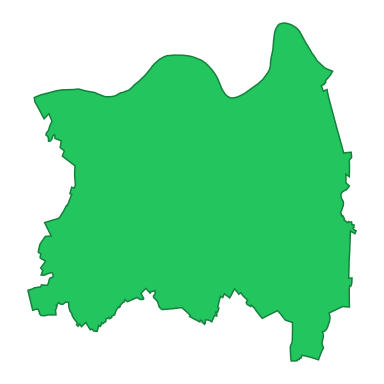 outline of Thuan Thanh, Bắc Ninh, Vietnam
{"feature_id": "81297802B75512670100174", "entity_name": "Thuan Thanh", "entity_type": "district", "adm_level": 2, "iso_a3": "VNM", "parent_name": "Vietnam", "parent_adm1": "Bắc Ninh", "projection": "equal_earth", "projection_center": [106.073, 21.039], "detail": "fine", "context": "isolated", "style": "filled", "palette": "green", "viewbox_px": 384, "rotation_deg": 0, "n_neighbors": 0, "source": "geoboundaries", "source_scale": "gbopen_adm2", "svg_char_len": 5848}
<svg xmlns="http://www.w3.org/2000/svg" viewBox="0 0 384 384"><path d="M342.5,306.6L349.5,307.0L349.3,303.0L349.2,289.8L349.4,288.0L349.7,285.9L350.8,286.1L351.5,284.5L351.8,282.8L352.0,278.0L348.7,278.2L349.1,264.0L349.0,262.4L349.4,256.3L349.8,248.5L350.4,231.1L354.9,233.7L356.1,230.8L354.6,230.0L353.6,229.2L353.1,228.1L353.2,227.6L354.0,227.2L354.0,224.9L352.0,224.7L351.6,222.1L351.5,221.9L351.1,221.9L350.5,222.3L349.7,222.2L348.6,221.5L347.7,222.7L344.0,219.9L344.5,218.9L342.8,215.8L342.5,215.7L342.0,216.0L341.1,214.8L341.5,214.1L340.5,213.1L341.6,210.4L342.7,207.0L343.2,205.7L343.5,203.8L343.3,201.6L343.0,201.0L342.5,200.3L341.8,199.1L341.4,198.0L340.9,195.3L341.0,194.0L341.4,193.2L342.7,191.8L343.7,191.0L346.2,189.9L348.4,187.5L349.0,186.5L349.3,185.8L349.0,185.5L346.2,183.2L346.0,182.8L345.9,180.9L346.0,180.1L345.9,174.3L349.3,176.7L349.5,165.0L349.3,160.7L349.6,159.8L349.9,159.3L351.2,158.0L351.6,157.4L351.6,156.8L351.2,152.3L349.9,152.3L345.5,152.7L343.8,153.2L336.3,126.2L330.1,103.0L329.6,101.3L327.9,94.2L327.0,89.5L323.3,91.2L322.1,87.7L321.2,85.8L324.3,84.3L324.3,83.2L325.2,82.9L325.6,82.7L325.7,82.4L325.5,81.0L326.2,79.9L327.9,78.0L330.6,74.8L332.6,71.2L326.5,68.8L325.1,68.1L323.8,67.0L317.2,60.9L315.1,57.6L314.4,56.3L312.1,53.4L309.8,49.3L305.5,42.3L299.7,31.6L298.7,30.2L296.2,27.7L294.3,26.5L291.2,24.7L287.7,23.6L286.0,23.2L284.4,23.0L282.0,23.3L280.1,23.8L279.3,24.2L278.3,25.0L277.5,26.0L276.1,28.4L275.1,30.7L274.5,33.5L273.6,40.5L272.9,49.5L271.8,55.0L271.1,57.8L270.5,62.4L270.4,65.8L269.9,67.9L269.4,69.7L267.5,73.1L262.7,79.6L257.1,84.5L256.4,84.9L244.7,93.4L240.6,95.5L237.7,96.9L234.0,97.8L231.4,98.0L230.1,97.7L229.4,97.3L227.9,96.5L226.9,95.9L226.3,95.3L225.4,94.4L222.5,90.1L221.5,88.0L217.8,79.0L215.9,75.4L214.3,73.0L212.1,70.0L207.8,65.3L205.9,63.4L201.2,60.1L194.7,57.6L192.1,56.7L189.7,56.1L185.8,55.5L181.4,55.2L174.4,55.1L167.1,55.7L163.8,56.9L159.4,59.4L154.9,63.4L152.5,65.9L150.7,68.5L146.5,73.6L144.8,75.6L139.0,81.2L134.7,84.6L131.6,87.8L129.0,90.0L128.4,90.3L126.3,91.0L123.1,92.3L121.8,92.6L120.6,92.8L116.5,95.2L114.3,96.1L111.4,96.6L107.5,96.8L105.3,96.7L103.4,96.1L97.2,93.7L95.5,92.8L93.8,92.3L87.7,91.3L84.5,90.6L78.6,89.0L73.7,89.5L61.9,89.9L56.6,90.7L48.5,92.9L40.6,94.9L34.2,97.6L35.0,102.0L38.9,109.0L43.1,117.0L44.1,118.8L48.9,113.8L51.5,120.0L51.9,121.8L50.6,124.0L49.2,127.8L48.8,129.7L48.6,130.2L46.7,132.6L46.3,133.4L45.9,134.9L47.5,136.3L48.1,137.1L48.4,138.3L48.5,141.1L48.8,141.3L49.5,141.3L50.9,140.5L51.3,139.9L51.9,138.9L52.4,137.4L53.0,135.9L53.5,135.1L53.9,134.7L54.6,134.9L54.9,135.3L54.9,137.7L55.0,138.5L61.2,140.8L60.2,147.3L60.3,147.7L60.6,148.0L64.2,150.7L64.2,151.1L62.3,156.1L75.0,165.9L74.6,173.3L74.7,176.0L75.2,182.9L75.4,185.0L74.5,188.0L71.7,187.2L69.9,193.6L71.7,194.4L67.2,205.9L66.5,205.5L63.5,211.3L59.5,217.5L58.3,218.4L57.1,218.8L44.6,222.6L51.2,236.0L45.3,236.4L40.2,243.8L39.8,244.9L38.3,251.6L38.3,252.1L38.4,252.4L40.8,253.8L40.1,257.2L40.2,257.9L40.4,258.2L45.1,260.9L45.4,261.2L45.4,261.5L40.6,268.0L42.8,270.5L41.1,275.0L43.4,275.3L44.4,275.1L46.2,274.4L46.7,274.0L50.7,272.8L51.6,272.6L52.2,272.9L52.7,273.7L52.9,274.3L53.1,276.2L52.8,277.0L52.4,277.4L51.0,277.6L49.8,278.3L49.3,279.4L49.0,280.4L48.4,283.1L47.8,284.4L47.6,285.0L46.9,285.3L41.6,284.9L41.3,285.0L41.1,286.0L40.3,287.0L37.7,287.3L34.1,287.9L32.5,289.0L29.5,289.7L27.9,290.3L32.7,310.3L37.3,308.9L38.5,310.0L38.9,311.2L39.4,312.1L39.5,313.6L40.9,315.5L44.3,315.7L45.8,315.5L47.6,314.9L56.0,314.9L55.5,310.0L56.3,308.3L57.0,306.1L56.3,305.6L56.4,305.3L58.9,302.5L60.1,303.9L61.4,304.3L62.7,304.3L63.8,303.7L64.9,302.6L65.6,302.1L66.7,302.1L67.8,302.4L68.7,302.5L68.7,305.7L68.8,306.8L70.0,311.1L71.7,313.4L71.9,314.5L72.3,315.7L72.9,316.9L73.8,318.5L77.4,323.1L76.5,324.5L77.7,326.0L78.1,326.3L79.6,324.1L81.5,326.7L85.8,322.5L90.3,329.8L91.7,329.0L93.8,331.0L94.3,331.1L97.2,331.3L98.7,325.4L100.1,326.5L100.7,326.0L101.8,322.8L102.8,323.7L105.9,321.4L105.9,319.3L106.4,319.0L106.4,318.9L108.7,317.6L109.2,318.8L111.7,317.6L111.5,316.4L114.7,314.8L115.9,310.8L118.4,307.1L119.2,307.5L120.2,306.5L119.9,305.7L123.1,302.3L123.7,302.3L125.1,299.6L125.6,300.5L127.4,301.7L137.1,297.5L138.4,298.5L139.9,299.3L141.0,299.5L142.4,299.5L143.4,299.3L143.7,298.8L143.7,298.5L141.0,293.3L145.8,288.4L150.2,293.2L150.4,293.1L150.6,292.0L150.8,291.7L151.6,291.6L155.1,290.7L155.2,292.9L155.0,293.8L154.5,294.8L153.5,295.8L153.4,296.1L153.5,296.8L153.6,297.3L154.1,298.0L156.5,300.3L157.7,302.1L158.2,303.6L159.0,306.5L159.4,307.3L161.4,309.1L162.7,309.6L169.7,308.9L173.9,308.6L178.7,307.9L182.0,307.7L190.2,315.1L189.5,316.4L193.3,318.6L196.9,320.3L199.3,321.7L199.9,321.9L200.3,320.3L201.9,320.5L202.1,322.1L204.4,324.2L204.7,323.3L205.2,323.4L205.5,319.9L207.4,319.9L209.1,320.3L211.8,321.8L214.6,315.3L216.7,316.0L216.9,314.3L215.5,312.9L216.1,311.8L217.5,312.3L218.9,308.0L217.7,307.1L219.6,299.3L220.4,297.1L220.5,296.4L222.7,297.6L224.4,293.8L229.7,297.9L231.8,294.1L234.0,289.7L234.7,289.0L238.9,294.2L241.0,292.8L242.7,295.5L245.7,298.3L247.6,300.3L246.2,302.3L246.4,303.1L247.1,304.4L250.7,306.5L251.5,305.2L254.8,308.6L256.0,310.5L259.8,315.5L262.3,318.4L267.8,315.5L277.5,310.7L280.1,313.4L284.8,319.5L285.6,320.3L286.6,320.5L292.5,322.5L292.5,329.7L292.4,336.8L292.2,341.1L292.3,341.2L292.0,342.5L290.7,345.2L290.4,346.5L290.3,348.5L290.4,351.3L290.7,356.4L291.1,360.9L293.0,361.0L297.2,360.7L297.5,359.6L299.3,359.5L299.7,358.1L300.9,358.3L301.5,356.9L302.0,355.2L310.1,357.1L318.6,359.8L319.1,358.0L320.6,354.1L322.0,350.6L323.2,348.6L323.4,348.0L323.3,347.1L322.3,344.9L322.1,343.4L322.1,342.0L322.7,339.9L323.4,336.0L323.3,334.7L322.4,331.8L324.0,331.4L324.9,330.9L325.8,330.1L326.5,329.2L327.1,328.1L327.6,327.0L328.2,325.2L328.6,323.8L329.3,321.9L329.7,320.2L329.9,318.9L330.0,316.7L329.1,313.0L342.5,306.6Z" fill="#22c55e" stroke="#15803d" stroke-width="1.5"/></svg>